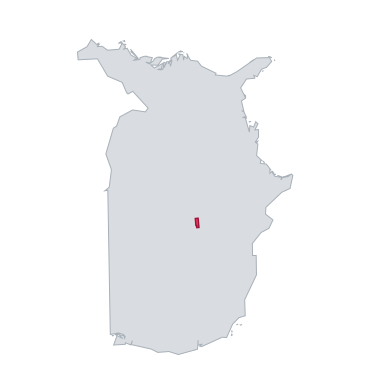 Kiowa, Colorado, United States of America (highlighted), rotated 265°
{"feature_id": "52423323B14805582896473", "entity_name": "Kiowa", "entity_type": "district", "adm_level": 2, "iso_a3": "USA", "parent_name": "United States of America", "parent_adm1": "Colorado", "projection": "orthographic", "projection_center": [-102.553, 38.44], "detail": "fine", "context": "in_parent", "style": "filled", "palette": "rose", "viewbox_px": 384, "rotation_deg": 265, "n_neighbors": 0, "source": "geoboundaries", "source_scale": "gbopen_adm2", "svg_char_len": 4055}
<svg xmlns="http://www.w3.org/2000/svg" viewBox="0 0 384 384"><g transform="rotate(265 192 192)"><path d="M314.7,118.1L332.9,109.4L333.6,90.1L341.4,90.1L345.9,100.1L352.7,105.0L346.8,110.4L347.2,112.4L345.1,110.5L345.0,115.2L340.6,120.2L340.6,131.8L345.4,134.9L347.3,133.5L346.1,131.8L347.1,132.5L348.0,134.5L342.3,138.4L340.3,136.5L340.8,139.9L333.7,143.3L329.5,149.3L329.3,146.8L328.3,145.5L328.5,151.5L330.4,152.0L331.4,156.9L329.3,164.2L324.1,161.8L325.4,157.2L323.4,160.7L325.8,164.6L328.2,166.5L329.3,169.1L327.1,180.6L326.9,173.9L321.3,169.2L322.1,162.2L318.8,165.3L322.7,174.0L318.2,172.4L316.9,173.1L317.4,169.8L317.0,169.0L316.4,171.6L316.8,173.6L323.6,175.4L322.7,177.4L319.3,175.0L318.1,174.7L322.4,177.6L324.0,178.0L323.8,180.5L321.6,179.3L325.3,181.9L324.7,182.6L322.9,181.2L319.1,181.5L324.4,183.5L327.2,182.5L332.3,190.1L328.1,184.4L330.0,188.4L324.4,189.1L329.4,192.1L330.9,190.4L329.5,194.9L324.1,195.1L327.7,196.2L325.4,198.9L329.0,199.4L323.4,202.0L321.8,209.0L316.6,212.3L308.2,226.3L306.6,225.4L304.4,236.8L304.6,239.4L307.8,246.9L319.9,268.1L319.1,281.0L315.0,282.7L309.8,277.2L308.2,271.9L301.2,267.0L302.8,263.7L299.9,264.5L299.8,256.1L291.5,249.5L281.0,253.6L278.4,249.2L267.7,250.7L268.8,248.6L267.1,250.8L262.4,252.5L261.9,248.8L261.4,251.5L246.6,254.4L253.1,255.4L251.3,259.1L256.5,261.6L254.2,263.7L248.4,260.1L248.4,263.6L240.8,263.1L236.2,259.3L233.9,261.8L222.7,259.5L216.7,264.8L218.2,263.4L214.7,262.5L213.3,268.5L206.8,272.7L208.3,271.5L203.8,271.2L205.5,273.1L200.4,275.9L198.7,282.5L196.3,281.6L198.4,283.2L199.0,289.1L201.3,292.6L199.7,293.9L187.0,290.0L183.9,281.4L170.3,264.3L163.6,263.3L157.1,270.2L149.1,265.5L145.7,257.4L135.4,247.6L123.4,246.8L123.2,250.4L103.8,249.0L80.1,235.1L64.1,234.2L62.7,227.8L56.8,220.9L44.0,213.8L44.7,209.5L37.1,188.0L37.9,186.1L39.6,189.1L39.0,184.6L43.8,185.2L34.9,183.8L31.3,164.2L35.1,155.1L35.2,143.9L39.1,137.6L45.3,118.2L49.1,119.6L45.0,117.6L47.6,112.6L46.1,112.3L46.4,100.6L55.5,104.8L52.1,110.2L56.3,106.8L54.8,111.6L52.2,112.2L53.8,112.8L56.1,111.2L58.0,106.4L57.2,98.2L201.1,108.3L200.8,105.3L204.1,110.0L221.2,113.7L237.4,109.5L262.4,119.2L264.2,122.6L273.2,126.7L278.9,140.0L275.9,152.5L279.4,155.6L297.4,141.8L295.2,136.8L296.7,135.5L307.3,132.0L314.7,118.1ZM336.7,144.8L339.7,143.1L329.5,150.3L337.5,143.1L336.7,144.8ZM56.8,103.1L57.3,106.4L57.1,106.9L55.9,104.2L56.8,103.1ZM201.0,291.6L199.1,286.5L199.1,283.5L199.5,286.6L201.0,291.6ZM347.7,110.5L348.3,112.0L347.7,111.9L347.7,110.5ZM236.5,260.8L236.9,262.0L235.6,261.1L236.5,260.8ZM48.4,219.7L50.1,219.4L50.2,219.6L48.4,219.7ZM46.8,219.0L46.1,219.7L45.7,218.8L46.8,219.0ZM345.3,137.5L344.8,138.9L344.4,138.7L345.3,137.5ZM200.0,280.7L199.1,283.1L201.2,278.4L200.0,280.7ZM316.2,261.0L318.6,265.2L315.9,260.7L316.2,261.0ZM55.9,225.1L56.4,226.5L55.8,225.2L55.9,225.1ZM319.9,281.5L318.8,283.3L320.5,279.7L319.9,281.5ZM333.5,192.9L332.6,195.1L332.6,190.5L333.5,192.9ZM56.1,100.2L55.9,101.1L55.5,100.6L56.1,100.2ZM205.6,274.0L203.2,275.3L205.6,273.7L205.6,274.0ZM348.4,136.8L348.7,138.0L347.7,138.1L348.4,136.8ZM55.3,228.6L55.6,230.3L55.1,228.8L55.3,228.6ZM202.7,276.2L201.7,276.9L202.5,275.9L202.7,276.2ZM329.3,171.2L328.7,174.0L329.3,170.2L329.3,171.2ZM216.0,266.0L214.5,267.0L216.7,265.2L216.0,266.0ZM304.9,237.9L305.0,239.9L304.6,238.6L304.9,237.9ZM329.6,199.5L329.2,200.0L330.2,198.2L329.6,199.5ZM284.8,252.4L283.2,253.8L282.4,253.7L284.8,252.4ZM261.6,252.2L261.3,252.6L260.3,252.7L261.6,252.2ZM306.2,272.6L306.7,273.8L305.9,272.4L306.2,272.6ZM257.2,255.7L257.1,256.9L256.7,254.7L257.2,255.7ZM316.3,285.7L315.3,286.1L316.7,285.4L316.3,285.7ZM331.3,157.8L331.1,159.2L331.3,157.2L331.3,157.8ZM331.7,195.7L331.2,196.4L331.7,195.7Z" fill="#d9dde1" stroke="#a8b0b8" stroke-width="1"/><path d="M158.2,193.0L158.2,193.7L156.1,193.7L156.1,193.8L156.1,195.2L156.1,195.8L156.7,195.8L160.4,195.8L160.9,195.8L161.0,195.8L165.3,195.8L165.3,195.5L165.3,194.9L165.3,194.6L165.3,194.3L165.3,193.9L165.3,193.6L165.3,193.3L165.3,193.0L165.2,193.0L158.9,193.0L158.2,193.0Z" fill="#f43f5e" stroke="#9f1239" stroke-width="1.5"/></g></svg>